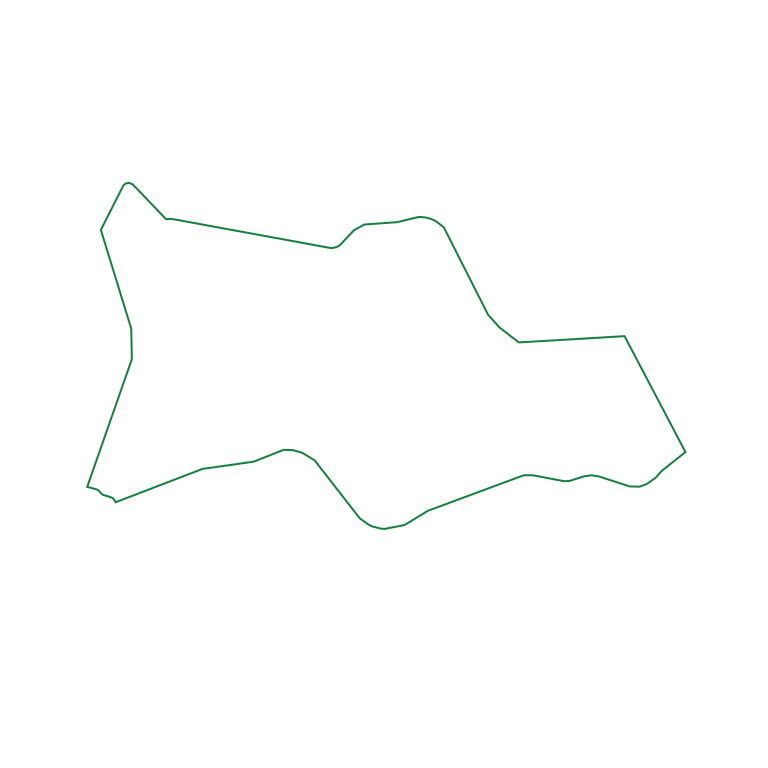 the London Borough of Lambeth, rotated 102°
{"feature_id": "GBR-2768", "entity_name": "Lambeth", "entity_type": "London Borough", "adm_level": 1, "iso_a3": "GBR", "parent_name": "United Kingdom", "parent_adm1": "", "projection": "equal_earth", "projection_center": [-0.106, 51.457], "detail": "fine", "context": "isolated", "style": "outline", "palette": "green", "viewbox_px": 768, "rotation_deg": 102, "n_neighbors": 0, "source": "natural_earth", "source_scale": "10m", "svg_char_len": 966}
<svg xmlns="http://www.w3.org/2000/svg" viewBox="0 0 768 768"><g transform="rotate(102 384 384)"><path d="M292.1,693.0L243.9,680.2L241.5,678.2L240.5,675.9L240.5,673.3L241.3,670.8L268.0,631.6L266.6,624.7L262.1,463.9L260.0,458.8L257.4,456.0L239.8,445.3L232.1,436.4L223.0,404.9L213.3,384.6L212.5,378.6L212.7,372.7L213.9,367.2L218.3,358.1L294.6,296.6L304.7,282.8L315.3,260.8L287.2,158.7L288.1,157.9L366.2,93.0L387.9,75.0L411.3,94.3L419.4,98.9L427.2,106.2L431.3,112.7L433.1,122.6L429.7,154.7L430.2,162.1L432.6,168.9L440.2,182.3L441.6,187.2L442.3,219.1L444.2,228.3L498.8,314.6L517.7,334.6L525.7,353.4L526.1,357.6L525.7,366.3L524.4,370.8L520.3,380.0L473.2,435.8L468.3,449.7L467.6,459.4L469.3,468.6L487.0,495.2L504.8,543.9L555.5,622.0L553.2,624.0L552.4,625.0L551.9,626.0L551.4,628.8L551.0,633.9L550.7,636.2L550.3,637.3L547.6,640.8L547.2,642.1L546.8,643.2L546.7,645.7L546.3,652.9L412.3,635.8L382.5,642.7L292.1,693.0Z" fill="none" stroke="#15803d" stroke-width="2"/></g></svg>